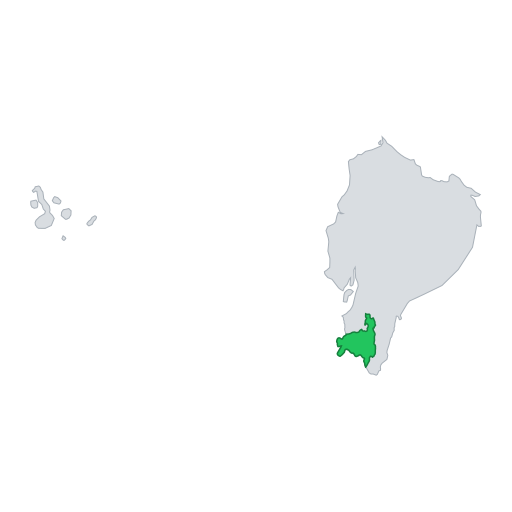 Ecuador, with Loja highlighted
{"feature_id": "ECU-1268", "entity_name": "Loja", "entity_type": "Province", "adm_level": 1, "iso_a3": "ECU", "parent_name": "Ecuador", "parent_adm1": "", "projection": "equal_earth", "projection_center": [-79.576, -4.049], "detail": "fine", "context": "in_parent", "style": "filled", "palette": "green", "viewbox_px": 512, "rotation_deg": 0, "n_neighbors": 0, "source": "natural_earth", "source_scale": "10m", "svg_char_len": 6947}
<svg xmlns="http://www.w3.org/2000/svg" viewBox="0 0 512 512"><path d="M480.3,194.6L478.8,195.9L475.1,196.5L472.1,195.2L470.9,195.2L470.8,196.5L474.7,199.8L476.5,205.8L479.2,209.4L480.9,211.2L481.0,212.5L480.5,214.8L480.4,216.8L481.3,225.9L480.7,226.4L478.6,226.4L476.9,224.9L472.5,247.3L458.2,269.6L442.0,285.5L423.3,294.6L409.5,301.0L407.4,303.4L400.7,314.6L400.4,315.7L401.3,317.6L401.4,318.8L400.4,319.6L399.5,319.7L399.1,319.1L398.8,317.8L397.9,316.4L396.8,316.0L396.2,316.3L396.2,317.6L394.8,323.6L394.7,326.6L394.1,327.7L394.2,330.4L392.8,332.8L391.7,336.8L390.6,338.1L389.1,344.4L387.1,350.6L386.9,352.8L387.5,354.3L387.8,355.5L386.9,359.4L382.1,363.2L380.8,365.0L380.3,367.1L380.6,368.8L380.5,370.3L378.9,370.9L377.3,374.4L376.2,375.2L373.1,374.0L370.9,374.0L369.2,372.9L365.8,366.9L364.5,363.4L364.1,358.5L360.7,355.4L356.4,356.2L355.1,355.1L351.8,353.0L349.1,350.7L347.0,349.5L345.4,350.1L342.8,354.0L340.3,355.7L339.2,355.7L337.7,354.5L337.4,353.1L341.1,346.3L338.4,346.2L337.4,344.7L337.3,343.0L336.8,341.2L337.4,339.0L338.8,337.8L341.0,338.7L342.5,338.8L343.5,336.7L345.5,335.1L345.9,334.1L344.9,330.8L344.5,329.0L344.9,327.9L344.8,324.3L344.1,323.0L344.1,320.9L343.5,319.8L343.3,317.3L341.9,316.0L346.4,313.6L348.1,311.8L350.1,310.1L351.8,307.5L353.0,305.0L355.7,293.4L358.2,286.1L357.8,282.6L355.7,277.8L355.2,270.9L355.4,268.7L355.2,267.1L353.7,270.0L354.1,280.3L352.9,284.9L351.1,286.1L350.0,285.2L350.6,277.7L349.4,279.1L347.3,284.2L344.0,288.0L343.8,289.2L343.0,290.8L340.4,289.4L338.5,287.8L332.0,279.3L327.8,277.6L325.2,274.6L324.7,273.4L324.4,271.7L327.0,269.9L329.7,267.5L329.9,262.2L329.9,258.1L327.9,251.1L328.8,241.8L328.3,238.2L326.0,230.6L327.7,226.7L333.7,223.9L335.6,222.0L336.9,216.0L338.3,212.3L341.0,213.8L343.1,213.6L340.2,212.3L338.0,206.8L337.6,204.3L342.0,196.8L344.3,194.8L347.1,190.9L349.5,184.9L350.1,175.5L349.1,168.7L348.4,161.6L349.8,159.8L353.5,158.8L356.4,156.5L357.9,154.4L361.4,154.7L365.5,151.4L372.0,149.8L381.0,146.0L383.0,142.7L382.1,136.8L385.5,140.4L387.0,143.2L391.7,146.3L397.2,151.9L400.8,154.8L404.7,157.4L410.4,160.1L413.9,159.6L415.4,163.9L416.7,165.1L420.0,166.6L420.4,167.1L421.6,174.9L422.3,176.1L425.2,177.3L428.7,177.8L430.1,177.5L433.1,179.7L437.9,181.5L439.6,181.7L440.4,181.4L440.7,180.6L442.0,180.7L444.1,181.7L447.1,181.9L448.9,181.0L449.3,176.6L450.0,175.7L452.1,174.1L453.2,174.4L458.8,177.9L460.0,179.1L461.4,181.5L464.0,185.1L466.8,187.3L471.2,188.3L475.4,192.1L480.3,194.6ZM41.2,189.7L42.9,192.1L43.8,198.9L49.4,206.1L50.0,210.1L49.6,211.9L49.8,212.7L52.5,215.5L54.2,218.5L51.3,225.5L45.1,228.4L38.5,228.3L37.2,227.5L35.4,224.9L35.1,222.5L36.1,220.2L39.5,216.8L44.7,213.7L45.4,211.3L43.3,209.0L41.8,204.5L38.5,201.3L36.9,191.5L35.8,191.0L33.6,192.4L32.5,191.2L32.3,190.6L34.7,188.3L35.2,186.8L38.8,186.0L40.3,187.3L41.2,189.7ZM67.0,219.2L65.5,219.3L61.3,215.7L61.6,212.2L63.3,209.8L68.8,208.6L71.1,210.8L70.9,215.0L69.0,218.1L67.5,218.7L67.0,219.2ZM347.2,300.6L346.7,302.1L344.1,301.9L343.3,301.5L344.0,294.7L344.7,292.5L346.8,290.4L348.6,289.4L350.9,289.6L353.3,291.5L350.5,295.0L348.3,295.9L347.2,300.6ZM37.0,207.7L34.2,208.3L31.9,207.1L30.9,205.1L30.7,202.2L30.9,201.2L36.0,200.1L37.7,202.6L37.7,206.2L37.0,207.7ZM92.1,224.4L88.9,225.9L87.1,224.5L86.9,223.5L88.7,221.2L90.4,220.0L92.0,217.4L94.9,215.8L95.7,216.2L96.3,216.7L96.5,217.6L95.5,219.7L93.8,221.2L92.1,224.4ZM60.4,203.0L59.1,204.1L53.9,202.8L52.3,200.7L53.6,197.8L54.7,196.6L57.8,197.7L61.0,201.0L60.4,203.0ZM64.5,240.2L63.4,240.3L61.9,238.7L63.1,235.8L65.2,237.4L65.8,238.5L64.5,240.2ZM380.8,144.3L379.2,144.6L378.5,142.8L380.4,140.7L381.0,140.3L380.8,144.3Z" fill="#d9dde1" stroke="#a8b0b8" stroke-width="1"/><path d="M341.9,339.2L342.5,338.8L342.9,338.0L343.3,337.2L343.7,336.5L345.9,335.2L346.3,334.5L346.3,334.2L346.7,334.2L348.7,334.0L350.5,333.5L352.1,332.5L352.6,332.3L354.2,332.1L354.7,332.1L355.1,332.2L355.7,332.5L356.1,332.6L357.9,332.4L358.5,332.2L358.9,332.0L359.6,330.9L359.9,330.5L360.7,329.9L361.1,329.7L361.4,329.5L361.6,329.4L361.8,329.5L362.0,330.0L362.1,330.3L362.6,330.8L362.9,331.0L363.4,331.1L364.3,330.9L364.7,331.0L365.2,331.3L365.5,331.4L366.0,331.4L366.5,331.2L366.9,331.0L367.1,330.7L367.3,330.3L367.4,329.9L367.4,329.6L367.2,328.6L367.2,328.3L367.4,328.1L367.8,327.5L367.9,327.3L368.0,326.9L368.2,326.4L368.2,325.8L368.2,325.3L368.0,324.9L367.8,324.6L367.7,324.4L367.3,324.1L367.0,323.7L366.8,323.5L366.5,323.4L366.3,323.5L366.1,323.8L365.8,324.3L365.4,324.8L365.2,325.0L364.9,324.9L364.9,324.5L364.9,324.0L365.3,322.3L365.3,321.9L365.3,321.0L365.4,320.6L365.6,320.1L366.5,318.7L366.7,318.2L366.6,317.8L366.4,317.7L366.2,317.6L365.9,317.3L365.7,317.0L365.6,316.4L365.6,315.7L365.7,313.8L366.4,314.1L367.1,314.3L368.1,314.3L368.9,314.2L369.2,314.2L369.5,314.5L369.8,314.8L370.0,315.4L370.0,315.8L370.0,316.5L370.0,317.3L370.2,317.8L370.5,318.3L371.2,318.7L371.8,318.7L372.2,318.6L372.9,318.0L373.2,318.0L373.4,318.2L373.6,318.9L373.9,319.7L374.7,321.5L374.9,322.2L374.9,323.1L375.0,324.2L375.5,325.1L374.9,326.1L374.7,326.2L374.3,326.7L374.2,326.9L374.2,327.4L374.2,327.7L374.1,327.9L373.9,328.0L373.5,328.1L373.4,328.1L373.2,328.1L373.0,328.4L373.0,328.7L373.0,329.0L373.1,329.3L373.3,330.0L373.7,331.2L374.0,331.7L374.5,332.6L374.8,333.3L374.9,333.7L375.0,334.3L375.0,334.6L374.9,335.0L374.6,335.8L374.4,336.7L374.4,337.8L374.4,338.7L374.5,339.8L374.5,340.3L374.1,342.4L374.0,343.2L374.0,343.7L374.1,344.0L374.2,344.3L374.3,344.4L374.4,344.5L374.7,344.7L374.8,344.8L375.0,344.9L375.0,345.1L375.3,345.6L375.4,345.9L375.4,346.2L375.5,346.8L375.4,347.3L375.5,348.3L375.3,350.4L375.3,350.8L375.3,351.7L375.3,352.5L375.1,353.7L375.1,354.0L374.9,354.2L374.6,354.6L374.2,355.4L374.0,356.0L373.8,356.2L373.6,356.3L373.3,356.4L373.1,356.5L372.9,356.7L372.8,357.0L372.6,357.2L372.4,357.2L372.1,356.9L371.9,356.6L371.6,356.5L371.3,356.4L370.9,356.3L370.7,356.2L370.3,356.4L370.1,356.9L369.9,357.1L369.5,357.6L369.4,358.7L369.4,359.1L369.5,359.7L369.5,360.1L369.3,360.6L369.2,361.1L368.3,362.7L368.0,363.2L367.0,365.2L365.9,366.9L365.6,367.1L364.9,365.2L364.6,363.0L363.8,361.4L363.8,360.6L364.4,359.1L364.5,358.6L364.3,358.2L363.8,357.8L363.1,357.8L363.0,357.7L362.6,357.3L362.4,357.2L361.0,355.3L360.2,354.8L359.2,355.0L358.3,355.7L356.4,356.5L355.4,356.3L354.7,355.4L354.2,354.2L353.5,353.3L352.7,353.1L352.0,353.1L351.3,353.0L350.6,352.4L350.0,351.9L349.1,350.6L348.6,350.0L348.2,349.8L347.6,349.7L347.2,349.5L347.0,349.1L346.9,349.1L345.8,349.3L345.5,349.4L345.2,349.6L345.0,349.9L344.7,350.4L344.5,351.7L344.3,352.3L343.8,352.9L341.7,355.1L340.6,355.9L340.3,356.2L340.1,356.2L339.6,356.2L339.2,356.0L337.9,355.1L337.6,354.6L337.3,353.9L337.4,353.2L341.1,346.8L341.4,345.9L340.1,346.1L338.9,346.6L337.9,346.5L337.4,344.8L337.4,344.5L337.5,343.8L337.5,343.5L337.3,343.0L336.9,342.1L336.7,341.7L336.8,341.0L337.0,340.0L337.3,339.2L337.6,338.6L338.0,338.2L338.5,338.0L339.1,337.9L339.7,338.0L340.2,338.2L341.4,339.0L341.9,339.2Z" fill="#22c55e" stroke="#15803d" stroke-width="1.5"/></svg>